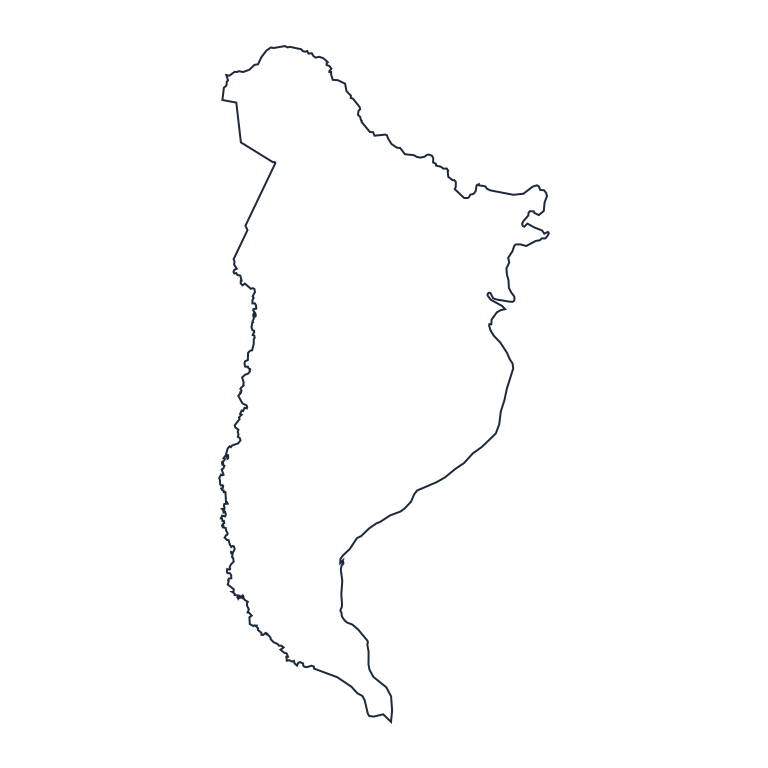 Monte Caseros, Corrientes, Argentina (Robinson projection)
{"feature_id": "61730980B11613530457142", "entity_name": "Monte Caseros", "entity_type": "district", "adm_level": 2, "iso_a3": "ARG", "parent_name": "Argentina", "parent_adm1": "Corrientes", "projection": "robinson", "projection_center": [-57.85, -30.275], "detail": "fine", "context": "isolated", "style": "outline", "palette": "slate", "viewbox_px": 768, "rotation_deg": 0, "n_neighbors": 0, "source": "geoboundaries", "source_scale": "gbopen_adm2", "svg_char_len": 6069}
<svg xmlns="http://www.w3.org/2000/svg" viewBox="0 0 768 768"><path d="M225.4,492.1L226.0,502.1L226.9,502.1L227.7,503.7L224.3,504.0L223.8,505.6L224.5,506.9L224.3,509.7L223.0,508.7L222.0,508.9L223.3,510.4L223.5,512.5L225.2,512.1L225.8,514.7L225.2,516.4L222.1,515.6L220.9,518.4L222.0,518.5L222.6,521.2L223.9,521.0L224.3,523.0L222.6,524.3L223.3,525.6L222.2,525.8L222.8,527.4L225.6,527.9L226.2,530.9L227.6,533.1L227.2,534.8L226.2,535.1L224.6,537.6L227.2,540.1L228.6,540.1L229.7,544.3L231.3,547.0L232.6,546.0L233.8,546.3L234.7,549.0L232.9,552.8L231.1,551.9L231.0,552.8L232.6,554.5L232.0,557.0L233.1,557.9L233.7,561.5L231.0,564.4L229.7,567.0L230.2,569.0L229.5,569.6L227.2,569.1L227.1,569.7L226.9,572.1L227.6,573.2L230.0,573.2L231.2,575.4L231.3,578.3L229.1,578.5L228.1,580.3L228.8,581.1L227.7,584.5L233.8,589.3L233.5,592.0L232.3,592.0L234.6,593.6L234.6,595.0L238.8,595.6L237.4,597.4L238.1,598.6L238.6,597.2L239.3,598.1L240.2,597.8L239.9,596.5L241.4,596.5L242.8,595.4L243.3,596.2L241.5,597.4L242.9,598.4L243.6,598.0L244.6,599.8L247.8,601.9L247.1,602.6L247.0,605.6L248.8,609.3L247.6,612.5L249.0,612.7L251.7,615.6L249.4,617.3L249.8,624.1L253.5,626.1L254.3,625.4L256.5,625.6L256.0,626.2L258.1,628.4L257.9,630.0L261.4,632.8L261.4,634.8L263.1,635.0L265.6,632.9L267.2,633.7L266.8,634.5L268.4,635.1L270.6,637.8L270.6,639.1L273.6,642.2L277.7,644.0L278.9,645.7L281.5,645.7L283.6,647.5L280.5,649.7L284.1,652.7L286.7,653.5L288.0,656.7L286.4,656.8L286.8,660.7L289.3,660.2L292.3,661.6L293.9,660.9L294.6,663.4L297.0,665.6L298.4,662.7L300.1,662.1L303.1,663.5L303.3,665.8L304.4,666.7L306.8,667.2L311.6,665.7L313.9,666.6L314.0,668.6L337.2,677.2L351.5,686.8L357.4,693.3L362.3,695.9L364.7,700.3L367.8,713.6L369.2,716.0L373.6,716.6L383.2,714.3L391.0,721.9L392.1,710.6L391.1,696.4L386.3,687.3L373.4,676.9L369.5,669.8L368.5,664.5L368.6,651.7L367.3,644.5L367.9,642.3L367.5,640.8L358.3,629.7L352.4,624.6L347.0,622.5L344.5,620.3L341.8,616.3L341.6,613.1L340.3,610.5L341.9,606.7L342.0,604.0L341.3,594.1L342.3,580.8L340.8,569.9L341.5,565.7L343.4,563.5L343.2,562.2L342.5,562.4L342.9,560.5L340.3,563.1L340.4,559.1L342.9,555.5L349.7,549.1L357.0,538.1L361.3,536.0L369.1,528.4L376.7,523.2L380.0,522.0L390.1,515.4L400.5,511.5L404.5,508.6L411.0,501.8L414.2,494.3L417.1,490.5L436.6,482.2L445.2,477.2L455.6,468.7L464.0,463.1L472.8,453.4L481.8,447.0L495.8,433.5L499.2,424.4L500.8,411.5L504.4,400.3L506.9,388.5L513.2,368.6L512.6,363.6L509.6,359.0L507.0,352.8L500.4,342.7L493.7,335.6L490.4,330.1L489.1,325.4L489.4,324.1L491.3,324.3L491.6,319.6L496.8,312.4L500.7,310.1L505.1,309.2L502.3,306.1L490.7,299.7L487.5,295.4L487.8,293.7L488.7,292.8L490.4,292.9L493.1,298.2L496.1,299.4L509.8,301.7L512.6,301.8L513.8,301.0L514.5,299.8L514.3,296.5L511.2,292.4L508.9,287.9L508.5,280.3L507.0,274.9L506.4,268.4L509.2,262.6L508.2,257.8L512.4,251.3L514.4,245.5L516.0,244.4L520.4,244.4L526.2,246.0L535.8,240.9L539.8,240.3L541.8,238.4L545.3,238.4L547.6,235.8L548.8,233.2L547.9,231.9L544.3,233.7L542.1,230.5L534.0,227.3L527.4,223.6L524.3,226.7L522.8,226.0L522.1,223.9L523.1,221.5L528.3,215.5L528.6,212.6L529.9,211.2L533.9,211.4L534.4,212.9L538.8,215.1L543.8,210.9L544.6,202.4L547.0,196.2L546.1,192.8L543.9,190.2L540.3,190.0L538.7,186.3L536.9,185.3L532.7,186.6L523.5,193.7L513.4,194.8L490.4,190.4L487.0,188.8L485.4,186.4L479.0,185.3L478.8,184.1L476.6,185.4L475.6,191.2L473.7,193.8L470.3,194.7L468.8,197.4L467.7,198.0L464.2,198.0L454.8,189.2L455.8,186.6L455.8,182.0L454.3,180.1L452.6,180.1L448.3,176.9L447.7,171.5L448.2,170.9L446.9,168.6L443.3,168.6L440.8,166.7L436.1,165.6L435.9,163.8L433.1,162.4L433.3,158.3L432.0,155.8L429.1,154.6L427.1,154.8L424.4,156.8L420.1,157.6L416.8,156.9L414.0,155.2L404.9,154.2L400.2,148.0L396.9,147.7L391.5,144.0L387.9,138.2L387.0,135.3L385.4,134.6L374.5,135.7L373.1,132.2L369.8,131.9L361.5,121.8L361.7,120.6L360.8,119.9L360.3,117.1L357.9,114.7L358.6,110.7L360.2,109.1L359.6,107.0L353.0,98.7L350.8,98.0L350.9,95.6L346.5,91.2L345.1,83.7L337.8,80.2L332.7,79.8L331.1,74.3L331.1,72.0L329.4,72.1L329.4,71.1L331.4,68.5L329.3,66.0L326.6,65.0L326.7,63.0L327.8,62.2L323.6,58.4L319.4,56.8L315.6,57.6L313.3,55.9L311.8,53.2L308.5,53.6L307.3,51.0L305.3,51.7L302.8,51.1L301.4,49.3L289.8,46.8L287.7,47.4L284.8,46.1L273.7,48.0L270.9,47.5L266.6,50.4L261.5,57.0L258.0,64.3L254.4,64.9L249.4,69.7L243.2,72.0L238.8,71.2L237.1,72.0L234.7,71.8L229.3,75.7L226.3,75.0L228.0,80.4L226.8,81.7L226.4,85.6L223.9,87.7L222.4,100.0L236.3,102.6L240.9,142.4L272.9,162.2L274.8,162.1L275.4,163.1L245.4,225.8L247.5,230.1L233.6,259.2L234.5,261.6L234.2,264.7L236.7,268.7L234.4,269.8L233.5,271.9L234.3,273.5L236.3,273.1L237.4,275.0L240.3,275.6L241.6,280.5L240.8,280.5L240.7,283.4L242.6,285.3L244.9,283.6L250.9,288.8L252.9,288.2L254.4,289.0L255.0,292.0L252.6,296.4L253.7,297.9L252.4,300.3L252.5,303.4L254.9,303.4L256.0,305.4L256.3,308.6L253.5,309.1L253.2,310.3L255.0,312.8L253.9,313.2L253.5,314.2L255.6,314.5L255.8,315.7L255.3,316.5L253.4,315.9L253.9,318.4L252.6,321.2L253.0,322.3L252.3,322.6L251.5,327.3L252.5,330.2L254.0,330.7L254.3,331.9L252.7,335.0L254.3,335.6L254.7,337.7L253.7,339.3L253.8,343.6L252.1,350.3L250.1,350.7L248.1,352.8L247.8,360.1L245.2,361.2L244.5,362.9L244.9,366.1L245.4,366.8L247.8,366.6L248.6,368.3L250.2,369.2L249.6,370.3L250.0,371.4L247.9,373.8L245.3,374.6L242.1,377.4L243.7,382.5L243.3,384.7L243.7,385.4L240.8,388.0L240.4,389.0L241.5,390.6L241.0,392.6L240.2,392.5L240.2,393.7L238.3,395.8L241.7,402.1L242.8,403.6L246.6,405.4L247.2,407.4L246.8,408.4L244.6,407.8L243.1,411.0L241.7,410.5L240.1,413.9L241.6,414.7L238.9,417.5L239.6,419.1L234.7,425.3L235.4,427.6L238.4,429.7L237.7,432.0L238.5,434.3L237.9,436.9L239.8,438.1L240.5,440.3L238.1,443.4L232.2,445.4L230.8,447.2L229.7,446.3L227.7,448.4L225.9,454.8L228.1,455.2L228.2,458.2L227.4,458.8L226.9,456.6L225.4,455.8L223.5,458.1L224.8,458.7L224.4,460.2L222.2,462.0L223.1,462.8L223.2,463.9L222.2,463.8L222.4,464.7L224.4,465.8L223.3,468.5L221.6,469.5L223.6,474.7L222.3,475.3L221.0,474.6L219.2,478.1L220.0,480.2L220.1,484.0L221.0,485.5L222.6,485.2L223.2,486.0L222.8,488.0L221.3,488.5L222.4,490.3L223.6,490.4L223.8,492.2L225.4,492.1Z" fill="none" stroke="#1e293b" stroke-width="2"/></svg>